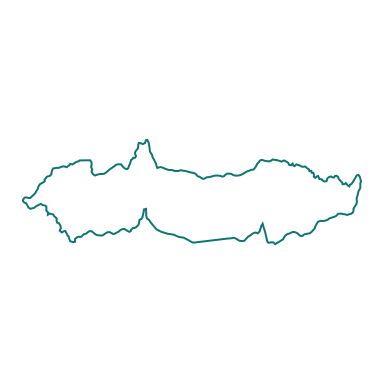 the district of Crixás do Tocantins, Tocantins, Brazil
{"feature_id": "56859067B45342107089444", "entity_name": "Crixás do Tocantins", "entity_type": "district", "adm_level": 2, "iso_a3": "BRA", "parent_name": "Brazil", "parent_adm1": "Tocantins", "projection": "robinson", "projection_center": [-49.079, -11.157], "detail": "fine", "context": "isolated", "style": "outline", "palette": "teal", "viewbox_px": 384, "rotation_deg": 0, "n_neighbors": 0, "source": "geoboundaries", "source_scale": "gbopen_adm2", "svg_char_len": 5012}
<svg xmlns="http://www.w3.org/2000/svg" viewBox="0 0 384 384"><path d="M357.6,195.1L358.1,192.9L358.6,190.9L359.5,189.6L360.3,187.8L360.3,185.9L360.3,183.3L361.0,181.5L360.3,178.6L359.6,176.4L358.5,175.0L356.8,175.3L355.6,177.4L353.5,180.9L352.4,182.6L351.3,184.1L349.8,184.9L349.3,186.4L347.7,185.5L345.8,183.0L344.3,184.2L342.6,184.2L342.2,182.4L341.0,181.5L338.8,179.0L338.1,177.2L336.7,175.8L335.0,176.0L334.1,177.5L332.5,177.4L331.1,176.5L329.4,176.8L327.4,178.3L326.5,181.2L324.5,181.5L323.1,180.8L321.6,179.3L319.5,179.1L318.1,176.0L316.6,176.6L315.5,177.8L313.8,176.6L314.0,174.8L313.3,172.8L311.7,172.7L311.3,170.9L309.5,171.2L309.2,169.7L307.0,168.1L305.2,166.5L303.5,166.8L301.3,166.5L299.7,165.4L298.0,165.0L296.2,164.4L294.6,166.1L293.3,165.6L292.6,163.7L291.2,165.2L289.3,165.0L288.1,162.7L286.1,161.5L284.0,160.4L281.6,161.6L279.8,161.0L277.6,160.3L275.9,160.0L274.4,159.8L272.5,159.5L271.4,160.5L269.2,161.4L267.0,161.2L263.9,160.6L262.1,159.8L259.9,160.5L258.7,162.5L257.1,163.9L256.3,165.8L255.1,167.7L253.4,169.6L251.3,169.8L249.3,170.7L247.6,171.2L246.0,172.0L244.0,173.2L242.8,174.0L241.5,174.5L240.1,175.2L237.5,175.6L235.9,175.6L233.3,175.2L231.5,173.9L229.4,173.7L227.2,173.7L225.2,174.9L224.0,176.2L222.5,176.6L219.9,175.8L217.6,175.5L214.5,175.7L210.1,176.9L208.4,177.2L206.7,177.3L204.9,178.4L203.3,178.9L201.5,178.1L199.8,176.9L197.8,176.3L195.7,174.0L194.3,173.1L193.0,172.8L191.0,172.5L185.9,171.1L184.2,170.8L182.8,170.7L180.8,170.2L178.3,171.0L176.0,171.1L174.2,170.9L172.9,170.2L171.3,170.0L169.1,170.0L167.5,169.6L164.5,168.5L162.7,167.6L160.6,167.1L158.9,167.4L157.3,168.0L156.7,166.5L156.3,164.7L155.8,163.2L154.8,161.4L154.1,159.7L152.8,157.7L152.0,154.8L150.0,151.7L149.8,149.9L149.4,147.0L149.1,145.1L148.7,142.8L147.2,139.9L145.9,140.2L145.0,143.0L142.7,144.1L141.1,143.3L138.8,142.9L138.2,145.2L138.2,146.8L137.9,148.5L136.2,150.4L135.0,152.4L135.3,154.5L136.0,156.2L135.0,157.8L133.1,157.8L132.4,159.2L131.1,159.9L130.5,162.0L130.1,163.5L129.0,165.8L128.2,168.2L127.0,169.1L125.1,168.6L123.1,167.0L122.1,165.8L121.2,164.3L119.8,164.3L117.8,164.3L116.1,164.8L114.3,166.2L112.5,167.5L109.1,169.8L106.6,172.1L104.1,173.8L101.5,174.0L99.5,174.1L97.2,174.7L94.8,175.5L92.8,173.9L91.6,171.7L92.2,169.4L91.1,167.0L91.7,164.1L91.4,162.0L90.1,160.3L81.3,160.4L79.8,160.4L78.6,161.3L76.1,162.0L75.0,162.9L72.5,164.4L70.2,163.9L69.2,165.4L67.9,166.2L66.7,167.2L64.7,166.5L63.2,166.4L61.6,166.7L60.3,167.3L58.5,167.9L56.3,167.9L53.0,168.5L52.1,170.4L51.5,172.7L51.3,174.4L49.8,175.9L47.8,176.4L46.6,177.0L45.7,178.4L44.6,179.5L44.7,181.2L43.5,182.2L41.8,183.1L39.9,184.3L38.6,186.1L37.8,188.9L36.5,190.8L35.5,192.8L33.4,195.1L31.6,196.6L30.4,197.9L28.5,198.0L26.9,197.4L24.7,197.6L23.2,199.3L23.0,201.1L24.4,202.6L25.9,203.1L27.3,205.2L28.4,207.4L30.3,208.8L34.2,207.8L35.6,206.6L36.9,205.8L38.6,204.9L40.8,203.9L42.9,205.2L44.9,205.5L46.3,206.4L46.4,208.0L46.3,210.5L48.1,212.6L47.9,214.7L49.6,213.6L51.3,213.9L53.1,214.5L54.3,216.3L55.4,217.2L56.7,218.4L56.5,220.2L57.1,222.6L58.9,223.2L60.4,225.5L60.9,228.1L59.7,230.6L61.8,232.5L63.3,231.5L65.3,230.9L66.1,232.5L67.0,234.1L67.5,235.6L68.6,236.4L69.2,238.5L70.1,241.1L71.4,241.7L73.2,242.1L75.0,241.8L75.1,238.9L77.6,236.9L79.0,236.7L80.3,237.0L81.6,236.6L82.8,235.1L83.9,234.2L86.1,233.7L87.5,232.4L89.3,231.2L91.5,231.2L94.1,233.2L95.7,234.5L97.4,235.2L98.8,235.3L101.4,235.6L103.2,235.1L104.8,233.8L107.4,232.3L109.6,232.1L111.0,232.8L113.1,234.0L115.1,233.6L116.6,232.7L118.6,231.6L120.5,230.0L122.4,229.1L124.3,228.9L126.3,230.2L127.8,231.1L129.3,231.8L130.6,231.2L131.1,229.7L133.0,228.0L134.8,227.9L136.7,226.6L138.5,224.8L139.0,223.0L139.5,219.8L141.4,219.0L142.4,217.5L142.8,215.2L143.6,212.2L144.0,209.4L146.0,208.9L146.1,211.1L146.2,213.4L146.3,216.0L147.0,218.5L149.2,220.0L150.2,221.7L151.1,223.0L152.2,224.3L153.1,225.4L156.0,228.9L157.3,229.8L160.0,231.2L161.5,231.9L165.1,233.0L167.9,233.8L172.0,234.4L174.0,234.8L175.8,235.6L177.9,236.6L180.0,237.2L182.1,237.4L183.7,237.7L187.0,239.4L190.4,241.3L192.3,242.4L193.7,242.6L228.1,238.5L230.1,238.4L234.1,237.8L236.7,239.0L239.5,240.8L241.4,241.0L244.2,240.9L247.9,236.9L250.2,235.5L251.5,234.4L253.1,233.4L254.3,232.7L256.1,232.6L257.8,233.3L259.6,231.4L260.7,228.1L261.3,225.9L262.6,223.7L263.8,228.0L265.2,232.2L266.1,236.4L266.7,238.8L267.1,240.6L267.8,242.3L269.1,242.8L270.6,242.3L273.4,242.4L275.1,244.1L280.0,241.2L283.1,239.3L283.9,237.7L285.1,235.8L287.3,234.1L289.3,233.6L290.9,232.8L292.6,232.0L294.1,232.0L295.4,232.3L297.3,233.2L299.6,235.3L301.0,236.0L302.6,235.8L303.6,234.8L305.1,234.1L306.8,233.8L309.8,233.3L312.1,231.4L314.6,228.5L315.3,226.5L316.8,223.7L317.9,221.9L320.6,220.8L322.6,221.0L324.5,220.9L326.2,220.3L327.6,219.8L329.3,218.4L331.5,217.7L334.0,216.9L335.7,216.2L336.9,215.2L338.1,213.9L339.9,213.7L341.7,213.7L343.5,214.2L345.0,214.3L347.3,215.0L348.9,214.3L351.4,213.7L353.0,212.3L353.5,210.7L353.5,208.7L354.5,207.1L355.5,205.6L356.3,204.1L356.9,202.2L356.6,198.9L357.6,195.1Z" fill="none" stroke="#0f766e" stroke-width="2"/></svg>